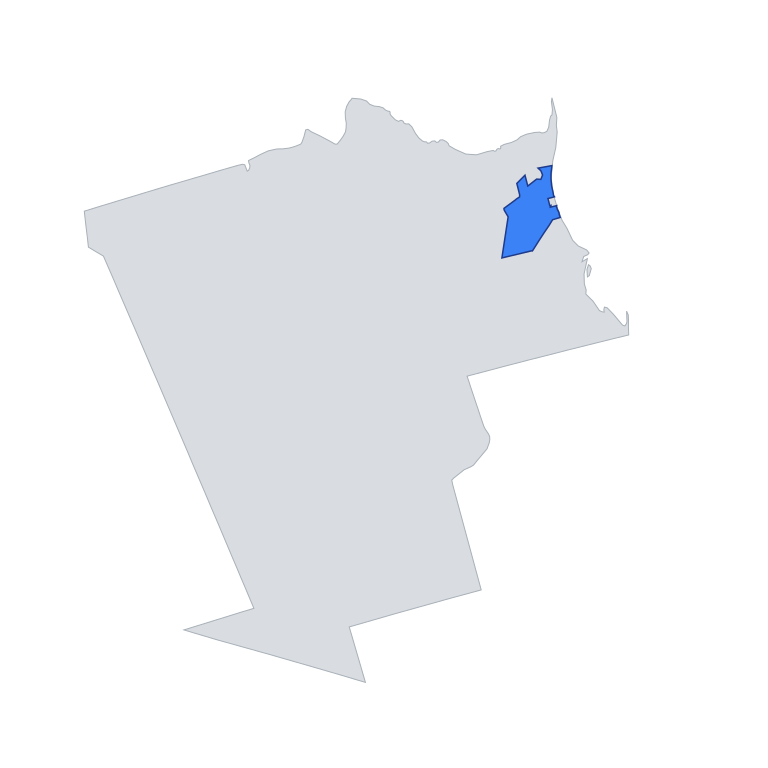 Ouad Naga, Trarza, Mauritania (highlighted), rotated 166°
{"feature_id": "47542326B19423449459947", "entity_name": "Ouad Naga", "entity_type": "district", "adm_level": 2, "iso_a3": "MRT", "parent_name": "Mauritania", "parent_adm1": "Trarza", "projection": "albers", "projection_center": [-15.755, 18.145], "detail": "fine", "context": "in_parent", "style": "filled", "palette": "blue", "viewbox_px": 768, "rotation_deg": 166, "n_neighbors": 0, "source": "geoboundaries", "source_scale": "gbopen_adm2", "svg_char_len": 4193}
<svg xmlns="http://www.w3.org/2000/svg" viewBox="0 0 768 768"><g transform="rotate(166 384 384)"><path d="M338.1,666.3L337.2,665.9L332.5,662.8L330.2,658.9L326.4,656.1L321.3,654.2L318.0,652.1L316.4,649.6L314.5,648.0L312.5,647.1L312.3,646.2L312.8,645.0L312.2,642.7L309.2,637.7L306.4,635.3L304.0,635.8L302.7,635.2L301.8,634.0L301.5,632.4L299.8,631.0L297.0,630.4L294.7,626.7L292.9,619.7L290.7,614.4L287.9,610.5L286.0,609.1L284.5,608.8L284.0,608.3L283.6,607.1L281.5,606.8L278.6,608.0L275.9,607.6L274.6,605.7L272.7,605.6L270.5,607.2L267.9,606.7L265.1,604.3L263.5,601.8L263.2,599.4L258.3,594.6L249.0,587.3L238.8,584.0L227.8,584.5L221.6,584.2L220.3,583.0L219.0,583.1L217.6,584.5L216.2,584.8L214.6,584.0L213.7,584.6L213.3,586.5L209.4,587.4L202.1,587.5L196.1,588.6L191.6,590.9L185.2,591.9L176.9,591.6L171.9,590.7L170.2,589.4L167.8,589.1L164.8,589.8L162.0,593.4L159.6,599.9L157.5,603.6L155.9,604.5L154.2,609.4L153.2,617.5L151.8,621.1L151.8,600.8L154.2,593.2L155.0,586.6L160.1,571.9L166.2,559.8L171.8,543.8L173.9,528.4L173.2,513.2L171.6,499.7L168.8,490.7L166.2,477.8L162.2,471.0L154.9,465.0L153.3,461.5L155.0,460.2L159.4,459.4L162.3,454.7L156.3,456.5L163.3,442.3L165.4,432.6L165.1,426.3L166.4,422.4L161.2,413.9L157.2,403.1L155.1,401.4L152.9,400.5L152.7,403.0L151.5,405.3L149.0,403.9L144.5,396.1L138.3,383.4L136.2,382.1L134.3,383.8L133.2,385.5L131.0,396.0L130.3,391.8L131.3,386.9L132.9,380.8L134.7,372.4L140.1,372.4L149.8,372.5L169.2,372.5L178.8,372.5L198.2,372.5L207.9,372.4L227.3,372.3L237.0,372.3L256.4,372.1L266.0,372.0L285.4,371.7L295.1,371.6L301.5,371.5L301.0,365.5L300.7,360.7L300.2,354.3L299.7,348.0L299.2,341.6L298.7,335.6L298.3,329.7L297.8,324.1L297.4,319.0L296.8,316.1L294.7,310.3L294.2,307.5L294.8,304.4L296.1,301.5L299.7,296.2L305.3,292.1L311.8,287.4L316.7,283.7L319.3,282.8L327.0,281.4L333.1,278.6L339.0,275.9L341.5,274.4L341.7,269.5L339.5,160.7L368.6,160.1L376.2,159.9L429.8,158.4L437.5,158.1L476.5,156.7L476.3,151.6L476.0,144.3L475.6,134.2L475.2,124.1L474.5,106.4L474.2,99.0L482.1,103.6L497.8,112.9L505.7,117.5L521.5,126.7L537.4,135.9L553.3,145.1L561.2,149.7L569.2,154.2L577.2,158.8L585.2,163.3L601.2,172.4L607.9,176.2L618.2,182.3L627.9,188.0L637.6,193.8L623.1,194.6L603.8,195.7L590.7,196.4L577.1,197.2L564.5,197.8L566.1,208.0L567.8,219.1L569.6,230.2L571.3,241.3L573.1,252.5L578.3,285.9L580.1,297.0L581.9,308.2L583.6,319.3L585.4,330.5L589.0,352.8L590.7,364.0L592.5,375.2L594.3,386.3L596.1,397.5L597.9,408.7L601.5,431.0L603.3,442.2L605.2,453.4L607.0,464.6L608.8,475.8L610.6,486.9L612.4,498.1L614.3,509.3L618.0,531.7L619.8,542.8L621.6,554.0L623.5,565.2L625.3,576.0L630.8,581.4L637.7,588.3L636.3,598.5L634.8,610.8L633.0,624.2L614.9,625.2L597.1,626.1L552.6,628.3L543.7,628.7L499.2,630.5L490.3,630.9L473.1,631.5L468.0,631.4L466.1,630.4L465.2,623.6L463.7,624.1L462.0,626.2L461.2,628.4L461.6,631.2L461.4,633.6L455.7,634.8L448.0,636.7L439.9,638.2L431.7,638.0L428.8,637.5L425.8,636.7L419.3,635.9L415.7,635.9L411.6,636.2L406.8,636.9L405.3,638.2L401.8,643.4L398.5,649.5L396.2,649.5L393.5,646.3L386.3,640.4L377.5,632.5L373.5,628.6L371.4,628.1L367.4,631.1L364.0,634.0L360.4,637.9L358.8,641.7L357.5,646.2L357.1,651.4L355.8,657.5L353.0,662.5L349.5,666.3L346.9,668.0L345.9,669.0L338.1,666.3ZM159.4,446.0L156.7,450.3L155.4,448.7L155.0,445.8L157.4,441.6L158.6,439.5L160.7,438.7L159.4,446.0Z" fill="#d9dde1" stroke="#a8b0b8" stroke-width="1"/><path d="M207.8,477.2L201.7,483.0L199.1,485.5L192.0,492.1L190.2,493.7L185.6,497.8L180.7,502.6L172.7,503.0L172.9,504.8L172.9,505.5L173.0,505.8L172.8,507.2L172.9,508.8L173.0,509.5L173.3,510.1L173.3,510.5L173.5,510.9L173.6,512.1L173.6,513.0L173.8,514.2L173.3,515.3L175.4,515.3L177.5,515.3L179.8,515.3L178.8,516.9L180.0,516.9L180.0,519.1L180.0,521.9L180.1,524.3L176.4,524.3L173.3,524.4L173.8,525.6L173.8,526.7L173.6,529.2L173.5,532.2L173.5,533.9L173.4,536.0L173.0,538.4L172.9,539.3L172.4,542.4L171.6,545.6L170.9,548.2L169.7,551.4L168.3,555.3L182.3,556.2L181.3,554.6L180.3,553.2L180.0,551.8L179.6,548.4L182.3,544.6L186.3,545.9L196.6,541.3L196.7,552.5L206.6,546.5L206.6,542.1L206.6,534.8L207.2,532.7L210.9,531.4L211.8,530.9L225.1,525.4L225.3,524.0L225.2,523.2L223.1,516.2L239.1,477.8L208.6,477.5L207.8,477.2Z" fill="#3b82f6" stroke="#1e3a8a" stroke-width="1.5"/></g></svg>